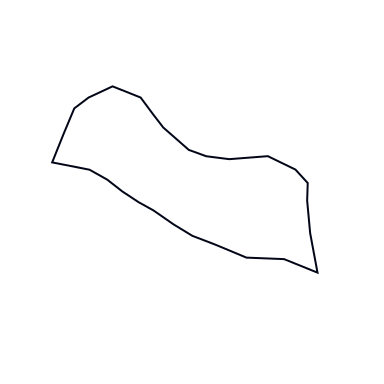 outline of Galata, Nicosia, Cyprus, rotated 58°
{"feature_id": "46923920B36410196498995", "entity_name": "Galata", "entity_type": "district", "adm_level": 2, "iso_a3": "CYP", "parent_name": "Cyprus", "parent_adm1": "Nicosia", "projection": "mercator", "projection_center": [32.883, 34.989], "detail": "fine", "context": "isolated", "style": "outline", "palette": "ink", "viewbox_px": 384, "rotation_deg": 58, "n_neighbors": 0, "source": "geoboundaries", "source_scale": "gbopen_adm2", "svg_char_len": 492}
<svg xmlns="http://www.w3.org/2000/svg" viewBox="0 0 384 384"><g transform="rotate(58 192 192)"><path d="M326.9,128.3L289.5,113.6L260.3,98.9L245.7,89.1L227.8,92.4L201.8,108.7L183.9,143.0L169.2,161.0L154.6,172.4L122.1,182.2L105.8,183.8L84.7,185.5L60.3,203.4L57.1,229.6L58.7,247.5L74.9,270.4L92.8,294.9L118.8,267.1L136.7,257.3L154.6,250.8L172.5,242.6L187.1,234.5L209.9,224.7L229.4,214.9L248.9,200.2L276.5,180.6L297.7,149.5L326.9,128.3Z" fill="none" stroke="#020617" stroke-width="2"/></g></svg>